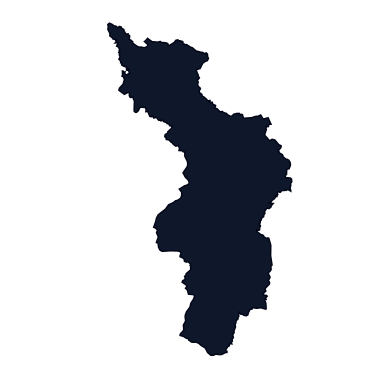 the district of Chu Pah, Gia Lai, Vietnam, rotated 275°
{"feature_id": "81297802B21786246689715", "entity_name": "Chu Pah", "entity_type": "district", "adm_level": 2, "iso_a3": "VNM", "parent_name": "Vietnam", "parent_adm1": "Gia Lai", "projection": "mercator", "projection_center": [108.007, 14.222], "detail": "fine", "context": "isolated", "style": "filled", "palette": "ink", "viewbox_px": 384, "rotation_deg": 275, "n_neighbors": 0, "source": "geoboundaries", "source_scale": "gbopen_adm2", "svg_char_len": 6077}
<svg xmlns="http://www.w3.org/2000/svg" viewBox="0 0 384 384"><g transform="rotate(275 192 192)"><path d="M353.0,95.0L351.5,93.5L349.2,94.2L346.7,94.0L342.7,96.5L340.4,96.5L338.4,99.5L337.4,100.1L337.5,102.3L336.5,102.6L336.8,103.6L335.1,103.3L333.9,102.5L334.3,103.9L334.0,104.8L332.2,104.7L330.7,104.2L330.1,105.8L329.0,107.2L328.5,106.9L327.9,107.4L326.9,107.1L325.7,107.6L324.8,106.8L324.0,107.6L322.1,107.6L321.5,108.4L319.6,108.3L318.0,107.6L316.0,109.7L314.5,109.6L313.9,111.2L312.5,110.8L311.2,113.3L311.2,114.4L310.2,116.0L307.8,116.1L307.5,116.9L307.7,117.5L308.9,117.8L309.3,118.3L308.6,118.9L306.2,118.6L305.5,119.5L304.7,119.4L303.4,117.0L302.4,116.2L304.7,114.5L305.8,114.8L305.5,113.7L306.5,112.8L306.5,112.1L303.1,112.6L301.2,112.2L300.7,114.1L299.4,114.2L298.4,114.9L293.5,114.0L289.0,110.6L287.0,110.3L283.4,116.1L285.4,119.2L285.7,120.4L284.8,121.2L283.1,121.0L281.3,121.8L280.8,122.5L281.4,124.3L281.1,125.1L280.2,125.2L277.7,126.7L268.5,127.2L267.4,127.4L266.7,128.2L266.4,129.3L266.8,130.1L268.4,131.5L270.7,132.3L272.0,133.1L272.1,138.1L270.2,139.2L268.0,139.0L268.4,140.9L263.7,143.4L263.4,144.7L263.9,146.4L262.3,147.6L263.0,148.8L263.1,150.1L260.6,152.5L260.8,153.9L260.1,154.8L261.0,156.2L259.6,157.8L258.9,160.7L257.9,161.3L257.9,162.7L256.0,164.2L255.9,165.5L256.4,166.8L253.6,166.0L250.1,162.8L248.3,162.4L246.9,160.3L244.9,160.0L243.4,161.6L242.1,161.8L241.9,164.0L241.3,165.3L240.0,166.4L239.9,167.2L237.9,169.3L236.2,172.0L236.9,173.3L236.5,174.7L234.1,175.8L232.2,175.4L232.2,178.7L231.3,179.7L231.2,181.3L226.8,181.8L222.2,184.7L219.8,185.3L217.2,185.2L210.3,181.4L206.2,184.1L203.5,187.3L201.2,188.4L200.0,188.3L198.5,186.5L197.4,183.9L193.8,179.1L190.7,181.8L187.4,182.0L184.7,181.2L182.4,178.3L181.9,176.5L179.8,174.3L177.2,169.8L172.6,167.1L166.3,160.3L162.8,158.9L159.3,158.4L153.5,156.9L153.0,158.5L151.3,161.0L148.4,160.2L144.2,162.4L138.6,160.9L137.9,162.7L134.0,163.5L131.3,165.2L130.3,167.5L131.6,175.8L132.0,182.7L131.8,184.7L131.3,185.6L129.9,186.4L127.1,185.6L126.5,185.7L125.3,189.1L123.6,190.7L122.8,190.3L122.4,190.5L121.6,192.3L122.2,194.3L120.1,196.8L118.7,196.5L117.9,197.1L114.4,197.5L110.1,193.3L109.1,193.4L107.2,192.0L106.0,192.6L104.5,192.6L104.0,192.3L102.9,190.5L101.3,190.0L98.1,195.5L95.5,193.9L93.9,196.0L89.9,197.4L89.9,202.5L89.0,203.4L87.8,203.5L85.0,202.7L81.2,200.6L77.2,200.0L72.2,197.0L69.0,196.1L67.4,196.0L63.0,196.9L58.6,195.0L54.4,195.8L52.4,195.0L49.7,192.8L48.1,192.6L47.3,196.4L46.0,198.7L45.4,201.3L44.3,201.6L42.5,204.5L42.4,206.2L42.8,209.1L41.8,212.1L40.1,214.2L37.8,218.8L33.4,221.6L31.0,225.0L31.1,227.3L32.5,229.8L32.4,233.8L32.7,235.8L34.8,239.0L35.2,240.8L36.4,240.7L37.1,239.2L39.5,240.1L40.0,240.7L40.8,240.7L42.0,242.5L44.2,242.8L44.2,244.9L45.5,244.1L46.7,245.2L48.3,244.8L50.8,245.9L53.1,245.0L55.6,246.2L57.0,245.9L61.5,247.1L63.1,246.5L66.0,247.2L67.2,246.9L69.6,248.9L71.0,248.8L72.4,249.5L73.8,249.0L76.2,249.4L74.7,250.8L74.4,251.9L75.0,253.0L73.8,254.0L73.4,256.8L74.4,258.3L76.8,258.7L80.3,260.2L80.5,261.9L82.1,262.5L81.8,266.4L82.7,270.7L81.7,275.6L82.1,276.1L87.9,275.2L90.8,273.5L91.4,275.2L92.8,274.6L94.8,276.0L95.5,275.1L95.3,273.0L96.8,271.7L99.8,274.2L101.4,273.3L102.4,273.4L106.9,277.0L108.0,277.2L108.8,277.1L110.5,275.7L113.1,277.0L114.3,277.1L116.4,275.6L118.4,275.1L119.7,276.6L121.7,277.6L124.2,277.1L125.4,277.3L126.2,278.1L135.2,275.9L145.9,275.1L152.7,272.5L152.8,271.4L152.3,270.3L153.6,267.4L154.0,266.9L154.3,267.3L154.7,267.0L155.4,266.1L155.3,264.9L157.6,261.1L158.6,259.7L159.5,259.4L159.8,260.3L159.5,261.0L160.1,262.6L162.5,262.5L164.0,263.2L165.1,262.6L165.9,261.4L166.4,261.6L167.0,262.6L168.8,262.6L169.5,262.0L170.0,263.4L171.8,263.5L173.7,265.5L175.9,265.6L176.9,266.5L178.5,265.9L182.4,267.8L182.3,270.4L184.0,272.0L185.7,272.4L187.6,273.9L187.6,269.7L188.2,270.3L188.1,271.1L190.9,272.7L192.2,274.4L194.1,275.6L195.6,275.5L194.9,276.9L197.2,277.7L198.2,277.1L199.3,277.1L200.0,279.1L199.4,279.4L199.5,280.1L201.2,281.3L201.9,285.7L202.5,286.3L202.7,287.8L201.4,290.3L202.8,290.1L203.9,289.3L207.1,289.8L209.3,289.5L210.9,290.5L213.6,290.0L214.5,288.8L214.5,284.4L215.4,283.5L216.9,283.6L217.7,284.6L222.4,284.4L223.1,285.0L223.6,286.7L226.4,287.5L227.8,287.7L230.4,287.0L232.1,285.6L232.9,284.0L232.8,282.9L234.7,280.0L237.1,278.8L238.6,275.6L240.3,274.9L240.9,274.0L242.1,275.4L244.2,276.8L245.9,276.7L246.7,274.3L251.0,270.1L251.5,267.4L251.1,266.5L250.0,265.5L250.1,264.6L255.1,259.3L260.7,260.6L261.7,259.9L262.8,260.7L263.8,260.1L264.3,261.1L263.9,262.4L264.9,262.4L266.3,263.1L266.4,264.8L272.6,261.3L270.8,256.6L274.7,253.7L273.2,251.1L272.9,248.9L271.2,244.9L270.0,237.2L270.2,236.8L273.4,235.5L273.7,234.9L273.3,233.3L274.4,232.3L274.2,229.9L273.1,226.7L271.4,225.5L270.7,223.8L271.7,221.4L273.4,219.2L273.5,217.9L274.5,215.4L274.9,215.1L274.4,213.6L274.8,212.3L276.9,210.1L277.8,207.4L279.7,208.0L280.3,207.9L281.3,205.0L283.1,204.4L282.9,203.5L282.1,202.7L283.4,201.2L284.0,201.4L284.2,202.2L284.8,201.8L284.3,200.6L284.3,199.1L285.4,198.8L287.9,195.3L288.2,194.0L289.1,193.3L289.5,193.6L290.4,193.0L291.5,190.9L293.4,190.3L295.5,191.4L296.7,190.7L297.0,189.8L298.4,188.7L299.8,188.2L302.0,188.6L304.3,187.4L305.0,187.9L304.9,188.5L306.4,189.4L308.1,188.0L309.4,187.9L310.3,187.1L313.9,185.6L314.4,186.0L315.7,189.3L321.3,191.5L322.1,192.7L323.1,193.4L324.2,195.9L326.7,196.7L328.3,195.7L330.6,195.4L331.3,194.8L331.8,193.9L331.1,193.7L330.9,192.8L332.1,190.0L331.9,189.1L332.9,183.7L335.7,179.9L336.3,177.6L338.4,173.7L338.1,172.4L338.7,171.4L338.3,170.4L341.0,169.7L341.6,167.1L341.5,165.5L342.3,164.9L341.9,162.9L339.2,161.0L336.0,156.6L336.0,155.6L337.8,154.9L338.4,152.6L338.3,148.5L339.2,147.2L338.3,145.0L338.3,139.0L341.2,134.3L338.7,132.6L337.8,131.5L334.8,135.4L333.1,134.7L331.5,132.0L332.0,128.5L331.7,126.6L332.3,124.8L334.5,121.0L335.5,119.8L336.5,119.8L337.9,118.0L338.5,116.2L342.1,116.3L342.8,115.2L343.9,114.8L343.7,112.2L347.0,110.1L348.0,109.9L348.9,107.7L350.3,107.0L350.6,105.1L349.5,104.4L349.5,103.2L350.5,102.0L350.8,99.7L352.0,97.9L353.0,95.0Z" fill="#0f172a" stroke="#020617" stroke-width="1.5"/></g></svg>